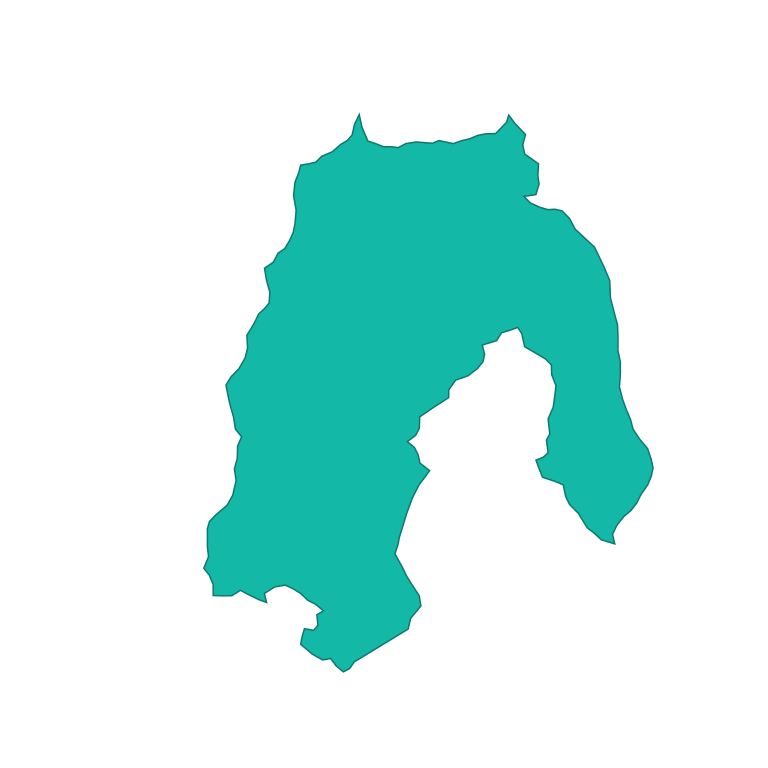 outline of Américo de Campos, São Paulo, Brazil, rotated 152°
{"feature_id": "56859067B63814258385512", "entity_name": "Américo de Campos", "entity_type": "district", "adm_level": 2, "iso_a3": "BRA", "parent_name": "Brazil", "parent_adm1": "São Paulo", "projection": "robinson", "projection_center": [-49.77, -20.289], "detail": "fine", "context": "isolated", "style": "filled", "palette": "teal", "viewbox_px": 768, "rotation_deg": 152, "n_neighbors": 0, "source": "geoboundaries", "source_scale": "gbopen_adm2", "svg_char_len": 2655}
<svg xmlns="http://www.w3.org/2000/svg" viewBox="0 0 768 768"><g transform="rotate(152 384 384)"><path d="M279.4,633.5L288.1,627.1L295.3,618.8L302.0,616.2L309.6,615.9L320.6,613.3L332.0,614.3L340.1,611.9L347.4,613.8L354.8,616.4L359.8,610.9L367.9,603.9L375.4,592.8L380.0,578.6L387.5,567.1L393.1,560.3L399.9,555.1L408.1,550.1L416.0,549.3L424.5,543.5L435.2,542.3L439.1,530.4L441.7,518.6L447.4,509.5L454.1,506.7L461.7,504.7L470.8,498.1L482.2,491.4L487.5,479.9L494.4,472.2L505.1,465.5L515.4,462.3L524.0,457.3L529.0,440.8L532.5,425.0L536.4,413.9L534.5,404.3L542.5,397.8L548.6,387.0L555.9,379.4L559.8,368.3L569.8,356.8L579.5,350.6L594.1,347.4L602.7,344.5L608.0,339.0L611.6,332.0L616.2,323.5L620.0,313.9L629.6,305.9L628.0,297.3L628.9,287.3L634.1,277.4L625.7,272.6L617.7,268.5L607.7,269.3L602.0,260.9L595.5,252.0L590.2,246.2L588.0,255.2L575.6,256.1L565.7,252.8L560.9,246.7L555.9,238.1L552.9,228.9L547.8,221.6L543.9,212.1L551.6,211.8L555.7,201.9L561.8,199.5L569.1,205.3L574.5,199.8L579.8,193.3L574.1,179.0L567.7,169.1L560.0,166.7L558.6,157.6L555.0,148.9L547.9,148.9L540.7,152.6L477.7,156.3L470.5,164.6L463.8,167.3L455.6,170.7L452.3,180.6L453.4,192.5L454.2,203.2L453.8,214.2L454.1,228.9L447.0,235.7L442.4,241.4L433.4,250.4L424.5,259.3L419.2,264.0L412.0,270.4L400.1,278.7L393.6,281.6L384.4,286.1L389.4,297.3L387.2,304.9L386.9,313.6L390.4,322.2L380.1,323.8L373.6,328.3L367.9,338.2L352.2,340.0L333.3,341.6L329.5,348.5L318.8,353.8L306.0,351.8L294.2,353.8L286.3,357.1L281.3,362.9L278.9,372.3L264.4,369.4L256.0,374.1L249.4,372.6L239.4,371.2L238.7,363.7L242.3,350.9L229.7,330.4L227.3,322.2L231.5,313.6L233.0,301.7L238.0,294.4L245.5,284.1L255.5,276.1L261.0,262.2L266.9,258.2L271.4,246.2L277.8,244.6L285.6,245.4L286.7,237.3L287.8,227.3L278.9,217.9L273.1,210.9L276.4,199.3L276.7,190.4L273.1,178.5L272.1,161.7L268.2,153.1L265.3,144.4L255.3,134.5L252.8,144.0L244.6,150.0L234.4,154.4L225.5,156.3L216.5,160.4L209.1,165.7L198.4,171.2L191.2,177.2L185.9,183.5L183.4,192.0L181.6,203.2L184.1,215.0L185.3,227.3L183.0,236.8L182.1,247.5L180.5,258.5L177.5,270.9L170.3,282.4L164.9,292.6L161.8,303.7L155.7,314.9L150.0,326.7L147.5,337.8L143.6,353.8L136.1,369.4L134.8,383.8L134.3,395.4L133.9,406.1L138.9,420.5L142.5,431.0L142.5,443.0L145.5,453.3L151.1,458.1L157.4,461.0L163.5,466.9L169.9,475.4L172.4,484.0L161.0,479.9L153.2,487.7L150.3,495.9L144.2,505.8L151.8,521.0L149.2,530.1L141.9,537.8L146.0,552.2L147.6,562.9L152.8,557.6L167.8,552.7L176.7,557.1L184.5,559.5L193.1,560.3L201.3,562.4L209.9,563.7L221.2,573.1L228.4,573.9L241.9,582.6L251.8,586.0L260.4,586.0L266.2,590.1L273.1,593.8L278.3,599.9L284.2,606.1L282.8,621.6L279.4,633.5Z" fill="#14b8a6" stroke="#0f766e" stroke-width="1.5"/></g></svg>